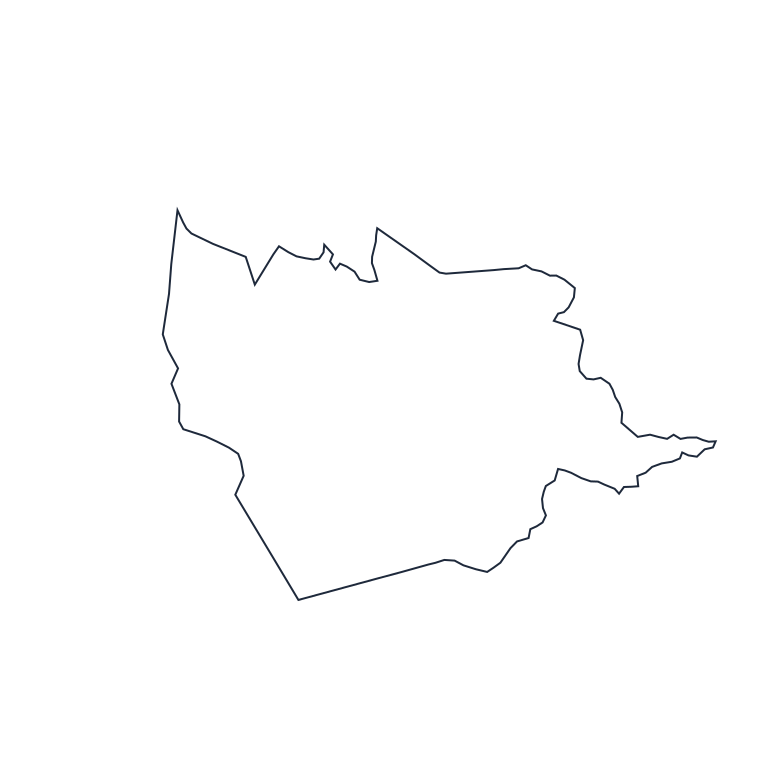 outline of Capoeiras, Pernambuco, Brazil, rotated 318°
{"feature_id": "56859067B97544685328252", "entity_name": "Capoeiras", "entity_type": "district", "adm_level": 2, "iso_a3": "BRA", "parent_name": "Brazil", "parent_adm1": "Pernambuco", "projection": "natural_earth1", "projection_center": [-36.564, -8.678], "detail": "fine", "context": "isolated", "style": "outline", "palette": "slate", "viewbox_px": 768, "rotation_deg": 318, "n_neighbors": 0, "source": "geoboundaries", "source_scale": "gbopen_adm2", "svg_char_len": 1870}
<svg xmlns="http://www.w3.org/2000/svg" viewBox="0 0 768 768"><g transform="rotate(318 384 384)"><path d="M485.3,622.8L493.4,621.1L499.1,625.9L504.5,630.1L510.6,621.8L519.1,625.0L527.8,625.0L537.2,628.8L545.9,634.4L554.1,637.3L559.8,634.4L562.5,640.8L567.9,647.4L578.6,647.1L586.0,651.3L592.1,648.5L586.7,644.2L583.4,638.9L580.6,633.0L573.8,627.0L567.6,623.2L565.3,615.5L557.7,614.2L552.6,607.1L547.8,599.7L537.2,593.1L536.0,583.5L534.5,571.7L542.0,564.5L545.7,556.2L547.1,548.4L550.1,541.4L551.7,534.7L549.2,524.4L542.8,520.8L538.0,515.5L538.1,505.4L542.0,499.3L549.0,493.7L561.3,484.7L566.1,474.9L552.5,450.7L560.5,448.2L565.8,451.0L572.5,450.6L583.1,446.7L590.0,440.4L587.9,427.2L584.6,418.7L579.8,414.5L576.4,405.7L570.7,397.9L568.8,390.6L561.5,388.1L549.9,378.8L541.8,372.8L503.9,343.5L499.8,338.3L497.3,326.7L493.4,307.9L483.2,263.7L477.7,268.2L473.2,272.7L460.3,281.5L455.9,286.1L453.2,292.7L448.2,302.9L441.2,298.3L435.7,290.2L437.3,280.8L434.9,271.8L431.8,265.1L424.6,266.5L425.8,257.0L432.8,253.5L432.8,240.5L427.2,245.7L419.7,247.5L414.9,244.3L409.8,238.0L404.4,230.6L401.1,221.9L398.1,211.4L388.6,213.6L354.5,223.7L366.3,197.0L350.7,165.5L345.2,152.1L341.6,143.3L341.2,136.3L342.8,129.6L346.8,116.7L306.2,152.5L284.5,173.2L252.8,199.1L246.2,214.1L241.4,234.6L226.2,241.6L218.3,262.2L206.6,274.8L204.6,283.3L216.3,303.4L221.2,314.8L226.2,327.6L228.9,338.3L226.0,345.7L218.3,358.3L199.4,366.8L184.4,443.9L175.9,487.2L249.5,524.4L270.7,535.2L296.3,547.9L302.6,551.3L311.1,555.1L318.3,562.5L321.7,571.9L328.3,583.1L334.9,592.7L342.4,593.8L350.9,594.7L368.2,590.6L377.5,590.0L388.4,595.2L395.6,589.8L402.2,591.9L409.2,593.0L416.4,590.0L419.1,582.6L424.5,575.2L430.6,571.0L436.0,568.1L446.3,569.9L456.5,563.6L460.5,569.2L463.6,575.1L467.7,586.0L472.5,594.7L477.7,599.7L480.4,606.1L485.3,616.2L485.3,622.8Z" fill="none" stroke="#1e293b" stroke-width="2"/></g></svg>